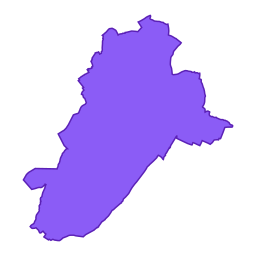 the district of Rosia De Secas, Alba, Romania
{"feature_id": "2599482B90231933862617", "entity_name": "Rosia De Secas", "entity_type": "district", "adm_level": 2, "iso_a3": "ROU", "parent_name": "Romania", "parent_adm1": "Alba", "projection": "orthographic", "projection_center": [23.873, 46.048], "detail": "fine", "context": "isolated", "style": "filled", "palette": "violet", "viewbox_px": 256, "rotation_deg": 0, "n_neighbors": 0, "source": "geoboundaries", "source_scale": "gbopen_adm2", "svg_char_len": 5663}
<svg xmlns="http://www.w3.org/2000/svg" viewBox="0 0 256 256"><path d="M105.3,219.0L108.5,215.9L109.2,214.9L110.7,212.7L111.8,210.8L112.2,210.3L112.4,210.1L113.3,209.8L115.5,207.7L120.1,203.7L121.4,202.9L121.5,202.2L122.7,201.2L123.5,198.9L125.6,197.0L128.7,193.5L130.9,189.5L132.2,187.4L134.6,184.2L136.9,181.5L144.4,171.6L146.3,168.7L147.2,166.9L149.3,165.0L149.5,164.6L150.0,164.2L153.3,161.2L156.2,158.3L157.0,157.4L157.2,156.7L157.3,156.4L157.6,156.2L158.0,155.9L158.2,155.4L158.5,155.3L160.2,156.3L161.0,156.9L162.1,158.1L162.6,158.4L162.7,159.0L163.3,159.5L163.6,158.8L163.5,158.1L163.6,157.7L164.2,156.7L164.6,156.2L164.9,156.0L165.5,155.2L165.3,154.8L165.4,154.3L165.8,153.6L166.1,153.4L166.2,153.0L166.6,152.7L166.9,152.1L167.6,150.8L168.9,148.6L169.0,148.6L169.2,148.4L169.5,148.3L169.4,147.9L169.4,147.7L169.6,147.7L169.8,147.3L170.3,147.2L170.4,146.4L171.0,145.0L172.1,143.3L175.8,137.2L176.6,136.1L176.8,136.1L176.8,138.4L187.6,143.5L191.3,144.8L192.0,144.9L192.2,144.7L192.7,143.0L192.9,142.6L193.0,142.6L195.5,143.6L196.4,144.1L199.6,145.5L199.8,145.6L200.9,143.6L202.2,140.6L208.1,143.2L210.2,144.3L212.3,142.6L213.3,141.2L213.9,140.3L214.3,140.0L215.8,139.8L217.7,139.7L218.0,139.7L218.2,139.9L218.5,139.9L218.7,139.7L218.8,139.0L219.1,138.4L220.4,138.7L220.6,138.5L223.1,132.2L224.8,127.5L225.0,127.4L227.6,127.1L231.6,127.1L232.4,126.9L232.6,126.3L232.6,125.5L231.9,125.0L230.9,124.8L229.8,124.0L229.4,123.3L229.1,122.6L228.8,122.4L228.5,122.3L227.5,121.4L226.7,121.0L226.2,120.9L224.9,120.2L224.0,120.4L222.9,119.6L221.1,119.6L220.1,119.4L216.9,118.0L216.2,117.3L214.6,117.5L213.6,117.2L212.4,116.5L211.9,116.5L211.4,116.7L209.8,115.7L209.5,115.4L209.3,114.8L209.2,114.0L209.3,113.4L209.7,112.2L209.6,111.8L208.9,111.6L208.1,111.1L207.2,111.1L206.0,111.6L205.1,112.1L205.0,110.8L205.1,109.9L204.8,108.9L204.5,108.5L204.2,108.3L203.3,107.6L202.7,107.3L202.5,106.9L203.9,104.5L204.5,102.7L204.7,101.3L204.8,97.5L205.3,96.5L205.4,96.0L204.8,94.0L204.4,91.1L204.1,89.9L203.8,88.7L203.1,87.0L202.2,83.9L201.2,82.0L201.2,80.1L201.1,79.5L199.2,78.7L199.5,77.7L199.8,75.2L199.8,73.5L199.7,73.2L198.6,73.6L198.1,73.2L197.1,72.7L195.4,72.9L195.0,72.8L194.6,71.9L194.1,72.2L191.9,72.3L191.5,71.7L190.9,71.5L189.6,71.3L188.9,71.3L187.2,70.8L185.6,70.6L184.9,70.7L181.9,71.8L178.4,73.8L177.5,74.1L176.7,74.3L173.3,74.7L172.8,74.5L172.2,74.1L171.9,70.9L171.5,68.2L170.6,65.8L170.3,64.3L170.4,61.8L170.8,57.6L171.1,56.9L172.0,55.6L172.9,54.5L173.2,53.0L173.6,51.4L178.0,46.1L180.0,44.4L181.2,42.8L180.8,42.4L176.3,38.9L176.1,38.6L175.7,38.5L174.7,38.0L172.8,36.8L170.9,35.8L168.8,35.2L168.4,34.9L168.6,33.7L168.8,31.0L168.7,29.3L168.6,28.1L167.9,24.1L166.6,24.4L166.1,24.3L163.9,23.1L163.2,22.4L161.7,22.3L159.6,21.5L159.0,21.4L157.7,21.4L154.8,21.1L154.3,21.0L153.2,20.3L152.2,19.8L150.6,19.3L150.1,18.9L149.9,18.4L150.5,16.9L150.6,16.3L150.5,15.7L150.2,15.4L147.7,16.5L146.4,17.2L144.4,18.7L140.6,20.9L138.2,22.0L141.7,27.4L137.8,31.7L136.2,31.4L132.4,31.1L131.4,31.1L127.1,32.2L125.1,32.5L125.0,33.2L122.6,33.3L122.0,33.8L120.6,33.9L119.4,34.2L118.1,35.0L117.6,33.7L116.1,30.8L115.6,30.2L113.6,29.0L112.1,28.3L109.4,28.7L108.5,29.4L106.1,32.2L105.5,32.6L103.5,34.4L102.9,34.8L102.3,35.4L103.3,36.1L103.0,37.2L103.1,37.6L102.8,38.4L102.8,38.6L103.2,38.7L103.2,39.7L102.8,40.2L102.6,40.8L102.5,41.8L102.5,43.7L102.4,44.8L102.2,47.9L102.3,49.7L102.1,50.9L101.8,51.4L101.3,51.8L101.3,53.3L99.6,54.1L99.1,52.7L98.9,52.3L98.5,51.9L98.0,52.2L98.1,52.4L96.4,52.5L95.4,52.9L95.6,53.2L94.9,53.9L92.1,58.1L92.3,59.0L91.9,59.3L91.8,60.4L91.5,61.1L91.2,61.0L91.0,61.3L92.1,63.6L92.6,65.2L92.6,66.6L91.8,66.9L91.9,67.7L91.5,67.8L91.6,68.2L90.7,68.6L90.0,68.6L89.5,68.8L89.1,68.6L88.0,68.8L87.8,69.0L87.6,69.5L88.0,69.9L87.4,69.9L88.8,72.4L85.2,74.3L84.7,74.4L84.4,74.9L83.9,75.0L82.9,75.6L82.5,76.1L81.2,76.6L80.8,77.2L78.7,78.7L79.5,80.0L78.3,80.7L83.6,87.4L82.5,88.1L83.9,90.1L82.4,91.7L81.6,93.4L81.5,94.4L82.2,94.5L82.7,94.7L83.5,97.5L84.8,98.4L86.3,102.7L85.3,104.2L84.8,104.4L82.3,105.8L81.1,107.1L80.4,108.4L79.7,110.3L79.3,111.2L78.7,112.8L78.4,113.1L77.6,113.5L74.9,114.3L73.4,114.9L68.4,124.7L66.1,128.2L63.9,130.4L62.6,131.1L58.2,133.9L64.2,145.6L65.3,146.6L67.4,148.7L66.3,148.8L65.8,149.6L64.9,150.4L63.7,152.3L62.8,153.1L62.4,153.6L62.0,155.2L61.6,155.8L60.5,158.1L60.2,159.4L60.0,160.7L59.3,163.0L58.3,164.4L58.0,166.7L57.5,167.5L57.1,168.9L35.2,168.5L29.0,172.2L27.9,173.1L26.5,174.5L23.4,179.9L31.7,189.4L35.0,188.6L38.0,187.6L39.7,187.4L40.8,187.6L41.5,187.4L42.6,186.8L43.9,185.5L44.7,185.0L45.1,184.2L45.9,184.6L45.3,186.0L45.3,186.3L45.0,186.9L45.0,187.6L44.7,188.3L44.7,188.7L44.4,189.0L42.7,192.9L41.8,196.8L40.8,197.6L40.4,198.6L40.4,199.7L40.7,200.1L40.5,200.6L40.9,201.3L40.5,201.6L40.6,202.4L40.3,202.8L40.5,204.0L39.7,204.8L39.6,205.4L39.2,205.7L39.2,206.3L39.2,207.0L39.4,207.4L39.3,207.8L39.4,208.2L39.2,208.7L39.1,209.5L39.3,210.7L39.0,211.4L36.5,214.9L36.1,216.3L35.9,217.7L36.0,218.4L35.8,219.4L35.4,220.3L34.8,221.2L34.0,223.3L33.5,223.8L32.2,224.5L30.8,225.6L30.4,226.4L30.2,226.6L31.2,227.7L32.0,228.3L32.7,228.4L34.9,228.2L35.8,227.8L36.1,227.8L37.3,229.1L38.5,230.2L39.4,232.3L39.9,232.9L40.7,232.9L41.1,232.7L41.9,232.0L43.0,231.2L44.3,232.7L45.0,233.4L45.8,234.0L44.7,236.0L44.0,236.6L43.9,237.0L48.5,239.9L49.2,239.3L50.9,240.3L52.9,239.3L54.3,240.0L58.1,240.6L59.6,240.6L61.2,239.5L63.0,237.9L67.2,236.3L68.7,235.5L70.3,235.2L73.7,235.2L75.8,235.8L83.3,236.8L84.1,236.0L85.7,234.6L94.2,230.0L94.4,229.6L94.9,229.3L97.1,227.4L97.6,227.6L98.6,226.7L98.5,226.4L100.6,223.6L101.3,222.5L101.6,222.2L101.9,221.8L102.7,221.2L103.5,220.8L104.6,219.8L105.1,219.6L105.3,219.0Z" fill="#8b5cf6" stroke="#5b21b6" stroke-width="1.5"/></svg>